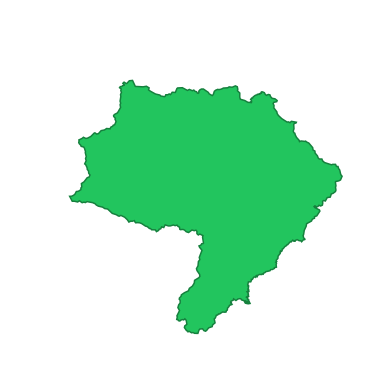 the district of Chiang Dao, Chiang Mai, Thailand, rotated 300°
{"feature_id": "78962969B42466635698108", "entity_name": "Chiang Dao", "entity_type": "district", "adm_level": 2, "iso_a3": "THA", "parent_name": "Thailand", "parent_adm1": "Chiang Mai", "projection": "mercator", "projection_center": [98.857, 19.536], "detail": "fine", "context": "isolated", "style": "filled", "palette": "green", "viewbox_px": 384, "rotation_deg": 300, "n_neighbors": 0, "source": "geoboundaries", "source_scale": "gbopen_adm2", "svg_char_len": 6038}
<svg xmlns="http://www.w3.org/2000/svg" viewBox="0 0 384 384"><g transform="rotate(300 192 192)"><path d="M251.5,77.8L251.1,79.6L250.5,79.9L249.4,78.7L248.2,78.4L247.4,77.2L246.1,77.1L245.8,79.2L244.1,79.7L243.0,81.1L240.6,81.4L239.1,82.6L234.7,84.3L233.3,85.8L231.6,86.1L229.5,87.9L223.3,87.9L220.2,86.0L218.9,85.9L218.2,86.5L217.6,88.7L216.6,88.9L215.0,91.0L211.5,91.4L210.5,90.4L209.3,90.4L207.4,89.2L205.8,89.5L204.3,86.3L202.0,85.2L199.7,82.6L195.8,81.8L194.5,80.5L194.7,78.6L194.3,77.9L189.5,76.6L186.4,74.6L185.3,73.3L185.1,70.6L183.6,70.1L180.5,68.0L179.8,68.7L178.3,69.1L177.5,70.1L176.9,72.2L176.1,73.2L176.8,75.7L176.2,76.9L173.7,79.6L172.7,79.9L169.8,82.7L167.7,83.1L166.2,84.7L162.7,85.0L162.5,86.3L160.6,89.0L159.1,90.1L158.6,91.7L156.6,93.2L155.7,95.2L153.5,95.4L152.0,94.1L146.8,93.4L144.0,92.0L141.3,94.0L140.0,93.8L138.4,94.6L135.8,93.2L134.6,91.6L131.5,91.7L129.8,91.0L128.2,89.9L127.1,88.2L124.1,92.9L125.2,94.8L126.2,98.0L128.1,98.9L127.8,102.2L129.2,103.5L129.5,104.9L131.2,105.9L133.1,111.3L133.4,114.1L132.9,115.5L132.9,117.9L134.2,122.2L134.0,124.7L135.1,127.4L133.6,133.6L134.5,137.8L134.4,140.2L134.8,141.2L136.2,142.1L136.5,146.3L135.6,150.0L134.4,152.4L136.2,153.6L136.7,154.8L138.4,156.4L137.4,157.8L137.2,158.9L137.8,159.3L139.1,161.9L139.5,164.0L139.2,168.7L139.7,170.6L139.1,173.4L139.6,174.3L139.1,175.9L140.9,179.2L139.9,181.0L142.0,182.3L143.2,182.1L144.5,183.3L146.6,183.1L147.1,185.3L150.1,185.2L150.8,188.5L151.9,190.3L154.1,192.3L154.4,194.2L155.8,195.6L155.2,197.2L155.3,198.7L153.6,200.1L153.6,200.8L155.1,202.9L155.3,204.6L154.7,206.9L155.2,209.3L159.1,211.0L159.6,213.3L160.9,214.5L160.4,215.9L158.4,217.1L158.0,218.5L158.0,219.0L159.5,219.8L159.7,223.3L158.2,223.7L153.5,227.5L152.9,227.4L152.1,226.3L150.3,226.2L148.8,225.0L147.9,226.2L146.5,229.8L139.0,231.0L137.3,232.6L135.0,232.3L131.1,234.1L127.8,234.2L126.4,235.7L124.5,239.7L122.9,241.0L121.2,240.8L116.8,238.4L114.2,239.5L110.6,239.4L107.3,237.9L104.6,238.3L101.0,235.8L97.6,234.2L96.2,234.7L93.9,234.1L92.7,234.6L92.3,235.9L90.0,237.2L87.6,236.9L84.8,237.6L83.1,240.5L77.1,240.9L76.6,241.7L74.0,242.5L74.4,243.5L73.8,244.6L74.2,246.0L75.8,246.6L76.8,247.6L77.1,248.8L78.6,249.2L78.0,251.1L74.9,253.7L72.4,252.7L70.8,253.2L69.2,256.6L69.4,257.8L68.9,258.4L70.0,259.5L69.8,261.9L70.8,263.2L70.9,264.9L72.5,267.8L75.7,267.1L77.2,267.3L78.8,269.6L77.9,271.6L78.2,273.3L79.4,273.9L82.6,274.3L85.5,276.8L87.3,276.3L90.2,277.4L93.2,274.7L94.6,275.2L97.5,274.7L98.3,275.7L99.8,276.0L100.2,276.9L103.3,278.4L104.4,280.7L105.2,281.5L106.2,281.1L107.4,281.6L109.4,280.8L111.2,281.3L112.5,281.1L114.5,282.8L114.7,282.0L115.1,282.2L115.8,281.4L115.5,280.9L115.9,280.5L116.8,280.4L119.2,281.9L120.2,281.5L120.0,284.3L122.3,285.3L123.7,286.9L123.9,287.8L123.3,288.8L124.2,292.8L123.2,292.4L122.4,293.8L122.8,295.2L124.4,293.8L124.1,295.8L123.4,296.7L124.5,298.0L126.1,295.7L125.5,295.1L126.9,295.0L126.9,293.7L128.0,293.4L128.0,292.1L128.6,292.4L128.7,292.0L129.9,293.2L130.6,292.2L130.8,292.5L132.0,291.7L133.1,289.7L133.5,290.6L134.7,289.8L134.7,290.7L136.1,289.6L136.2,288.9L138.3,288.4L138.5,287.4L139.2,287.7L139.6,286.6L142.4,285.8L143.6,287.8L145.6,287.6L146.0,287.1L146.7,288.0L148.9,288.0L150.1,289.1L150.0,289.6L151.0,289.4L151.0,290.1L151.8,289.9L151.6,290.8L152.5,290.5L154.3,291.6L155.4,293.7L156.2,293.8L156.4,294.8L157.7,294.7L158.7,295.5L159.8,295.7L162.8,298.9L164.2,298.9L165.0,300.3L166.9,301.5L167.6,301.2L169.1,302.7L171.4,301.0L172.2,301.0L172.9,300.4L173.0,299.7L174.1,300.1L174.2,299.5L175.2,299.1L177.4,299.6L179.5,298.6L183.0,299.1L183.9,298.3L184.3,298.7L185.2,298.2L185.4,299.2L186.1,299.4L187.8,298.7L188.4,299.3L191.2,299.7L192.5,300.5L194.0,300.7L194.2,301.2L197.4,301.8L198.3,302.3L198.3,302.8L200.7,303.4L200.3,304.9L200.9,305.8L201.3,305.4L203.3,306.9L203.4,309.2L204.2,310.5L203.7,311.8L206.5,312.4L207.1,313.4L207.6,313.4L208.2,311.5L210.0,309.9L210.7,310.0L214.9,308.4L219.4,308.0L221.8,307.1L226.6,310.0L228.7,309.8L230.5,311.2L231.9,310.4L233.7,312.0L239.4,312.3L240.2,311.3L239.9,306.2L240.4,305.0L241.5,305.4L241.4,307.5L242.5,308.3L244.0,308.6L244.2,310.4L245.8,311.5L247.8,310.8L248.8,309.9L249.8,309.9L250.5,310.4L250.9,312.0L254.8,311.9L256.7,314.3L260.0,313.6L261.3,314.8L264.1,316.0L265.6,315.7L267.9,313.9L269.3,313.6L272.3,311.2L273.0,311.3L275.1,313.6L276.7,314.6L280.7,314.1L281.5,312.1L284.9,308.9L285.6,307.2L287.1,305.7L286.4,304.3L287.7,302.5L286.3,300.0L285.3,299.2L283.7,291.7L284.2,290.7L284.1,289.8L285.5,288.0L284.2,285.8L284.6,284.2L286.0,282.6L287.3,279.1L288.9,278.0L288.9,275.8L290.8,274.3L292.8,268.7L292.6,266.0L292.9,265.0L292.3,264.5L290.7,260.9L289.4,259.9L290.3,259.0L291.6,255.1L293.2,252.7L294.3,251.7L294.3,250.5L295.4,249.2L297.7,248.7L301.4,246.3L302.5,246.4L303.9,247.6L304.6,247.5L302.9,242.7L301.0,242.2L301.0,240.6L300.1,239.3L300.4,233.1L301.5,228.5L302.6,226.4L303.8,225.5L305.8,220.8L307.9,219.8L309.2,218.0L310.5,218.0L312.6,220.2L313.8,220.0L314.2,217.2L313.2,214.6L313.9,212.3L315.1,210.9L314.6,209.3L312.9,208.1L313.3,206.4L314.2,205.0L314.0,203.1L313.4,202.1L312.2,202.6L311.9,201.9L311.3,202.0L310.8,201.2L310.3,201.5L309.3,199.8L308.9,199.9L307.4,198.5L304.8,197.4L303.5,197.5L303.2,196.7L301.5,196.5L301.3,197.4L300.4,198.1L299.7,197.8L299.7,198.6L299.1,198.7L297.6,195.5L297.6,191.9L296.5,187.5L297.9,186.0L301.6,183.9L302.4,180.7L303.9,180.3L305.8,178.6L305.6,176.5L302.8,174.4L301.6,171.6L300.1,170.8L297.7,167.2L295.7,165.9L294.1,164.1L293.8,163.0L292.0,161.6L290.4,161.0L287.0,161.7L285.6,161.3L285.6,157.7L286.4,156.4L286.9,150.4L285.9,148.7L284.5,147.8L282.8,147.5L281.3,148.3L280.5,148.0L280.4,147.1L281.1,145.8L280.7,144.2L281.2,142.6L279.9,141.7L279.5,138.4L277.7,137.3L277.5,131.5L274.9,127.5L274.0,127.2L269.9,127.8L268.5,125.0L265.6,124.7L265.5,123.2L264.1,122.4L263.1,120.7L261.4,120.9L260.8,120.5L259.5,116.9L259.9,115.7L258.6,111.4L258.5,105.7L258.7,103.3L260.7,102.8L260.8,99.7L258.6,97.0L255.1,90.1L258.9,84.7L257.0,82.1L253.5,81.3L253.0,80.7L253.2,78.4L252.8,78.0L251.5,77.8Z" fill="#22c55e" stroke="#15803d" stroke-width="1.5"/></g></svg>